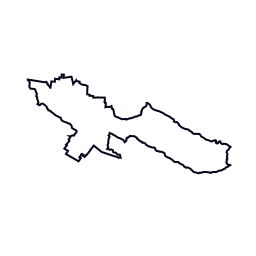 outline of Ruginesti, Vrancea, Romania, rotated 190°
{"feature_id": "2599482B20408246844877", "entity_name": "Ruginesti", "entity_type": "district", "adm_level": 2, "iso_a3": "ROU", "parent_name": "Romania", "parent_adm1": "Vrancea", "projection": "natural_earth1", "projection_center": [27.072, 46.081], "detail": "fine", "context": "isolated", "style": "outline", "palette": "ink", "viewbox_px": 256, "rotation_deg": 190, "n_neighbors": 0, "source": "geoboundaries", "source_scale": "gbopen_adm2", "svg_char_len": 5897}
<svg xmlns="http://www.w3.org/2000/svg" viewBox="0 0 256 256"><g transform="rotate(190 128 128)"><path d="M220.5,137.3L221.3,135.8L219.4,135.0L219.0,135.1L218.7,135.2L217.6,136.7L216.5,137.2L215.8,137.1L213.0,135.6L212.0,135.0L211.7,134.6L211.2,133.4L210.3,132.9L210.2,132.4L209.9,131.9L209.5,131.7L208.9,131.5L207.5,131.5L207.0,131.0L206.7,130.7L205.8,130.2L205.0,130.0L204.3,129.6L203.4,128.9L202.4,128.4L201.8,128.2L200.6,127.6L198.9,127.2L198.0,126.7L196.1,126.5L195.6,125.3L195.0,124.7L194.7,124.1L193.4,123.5L191.9,123.1L188.8,122.6L187.8,122.4L187.5,122.1L185.8,122.0L184.1,120.6L183.9,120.3L183.5,119.0L183.1,118.3L182.4,117.9L179.3,116.9L178.5,116.5L178.1,116.1L178.0,115.6L178.0,115.0L178.3,114.6L178.4,114.1L179.3,113.0L179.9,111.1L181.7,111.0L182.6,110.1L184.1,109.8L183.4,109.5L183.3,108.5L184.5,106.5L183.7,105.9L183.5,105.0L186.1,100.8L185.1,100.4L187.1,96.6L183.1,95.1L184.6,91.6L170.9,86.6L169.2,90.2L170.8,90.8L170.1,92.0L169.5,93.6L169.4,93.6L168.9,94.5L167.2,93.8L167.7,92.8L165.6,92.0L164.5,94.3L164.0,94.3L161.2,99.6L161.3,99.7L161.1,100.4L159.9,102.3L158.7,104.7L149.7,99.8L135.7,97.7L135.1,97.9L133.8,97.7L133.1,97.5L132.5,97.0L131.4,97.3L130.1,97.4L131.2,100.0L131.4,100.3L132.6,100.1L134.0,100.2L135.6,101.5L135.8,101.6L138.1,101.5L138.8,102.2L139.0,103.5L139.6,103.7L141.1,103.9L141.9,103.7L142.2,103.3L143.2,103.7L144.9,103.8L144.5,104.5L144.2,105.6L144.3,106.0L144.8,106.7L145.1,107.8L144.7,109.8L144.9,110.3L145.1,112.2L145.2,113.5L145.0,114.8L144.6,115.8L144.6,116.0L144.9,116.4L145.9,117.3L145.1,118.1L145.1,118.4L145.2,119.9L142.5,119.4L141.4,118.8L139.4,118.2L137.8,117.4L137.1,117.2L136.3,116.8L133.4,116.4L132.5,115.9L131.7,115.8L130.5,115.3L129.9,114.8L129.3,113.9L128.8,113.4L128.3,113.9L127.3,115.8L127.8,117.0L127.5,117.3L127.5,118.0L127.4,118.2L126.8,118.6L126.3,118.6L125.6,119.1L124.9,120.4L124.1,120.6L122.2,120.7L120.8,121.0L120.0,120.9L119.3,120.7L118.3,120.1L117.6,119.9L116.9,118.8L116.5,118.6L115.4,118.3L114.8,117.6L114.2,117.3L113.9,117.1L113.1,117.2L112.4,116.7L112.1,116.8L111.5,116.1L111.1,115.9L110.1,116.3L108.7,115.9L107.8,115.3L106.9,114.4L105.8,114.1L104.1,113.4L102.1,113.3L100.8,113.0L99.5,113.2L98.5,113.2L97.7,112.6L97.4,111.5L95.9,110.4L94.9,110.4L94.0,110.6L93.0,110.1L91.0,110.4L88.5,109.9L87.8,109.6L87.6,109.4L87.3,108.7L86.9,107.5L86.0,106.6L84.6,106.4L83.6,105.8L82.2,105.8L81.7,105.6L79.0,104.4L77.5,103.4L77.0,102.9L75.9,102.9L75.2,102.7L74.0,103.0L73.0,103.1L72.6,103.2L72.1,103.0L71.5,102.3L70.9,102.0L70.0,101.9L68.1,101.2L67.1,101.0L66.8,100.7L66.5,100.3L66.2,99.9L65.4,99.7L64.8,99.2L63.7,99.0L63.4,99.4L62.5,99.5L59.7,98.8L55.5,96.0L53.4,96.0L50.5,95.7L50.2,96.1L49.4,96.5L48.5,96.7L47.7,96.6L46.8,97.4L45.9,97.9L44.1,98.0L43.6,98.2L42.7,98.4L41.5,98.2L40.5,98.5L39.4,98.1L38.7,98.1L38.4,98.6L36.6,99.5L34.9,99.7L33.1,100.2L30.7,101.9L29.0,102.3L28.5,102.5L27.6,103.4L26.2,104.4L25.7,104.5L25.4,104.9L25.1,105.6L24.3,106.5L23.1,107.1L20.9,109.2L21.1,109.3L22.3,109.2L23.6,109.5L24.0,109.8L25.0,110.9L25.2,111.7L25.2,112.4L25.0,112.8L25.1,113.6L24.9,114.0L25.4,114.4L25.5,114.7L25.0,115.5L25.2,116.6L25.7,117.2L25.6,118.0L25.5,118.6L25.6,119.6L25.8,120.3L26.6,121.0L26.7,121.3L26.5,122.4L26.4,122.8L25.6,123.8L24.8,125.2L24.8,125.8L24.1,126.7L23.1,127.6L24.7,127.2L25.0,127.6L25.8,128.2L27.2,128.6L27.5,128.9L27.8,129.0L29.1,129.3L29.5,129.1L30.5,129.2L31.5,129.0L31.6,128.7L33.0,128.7L34.0,129.3L34.3,129.8L34.7,130.8L35.7,130.7L36.3,130.0L36.2,129.5L37.2,128.3L38.1,128.3L38.6,128.5L38.9,128.8L39.0,129.2L38.8,129.7L39.1,129.9L39.0,130.2L39.1,130.8L39.3,131.0L39.6,131.1L40.3,131.0L41.2,130.5L42.0,130.3L42.9,129.5L43.4,129.2L43.9,129.2L46.3,129.9L49.5,130.2L49.9,130.5L50.6,130.7L51.4,131.4L54.0,132.1L54.4,132.4L55.9,134.1L56.9,134.5L59.1,134.2L60.3,134.1L61.4,133.6L62.9,133.9L63.8,134.3L64.1,134.9L65.0,135.3L65.6,135.7L66.4,135.7L67.2,136.0L67.7,136.6L67.9,136.8L69.7,137.1L70.6,136.9L71.7,137.0L75.0,137.9L76.8,138.8L77.3,139.2L78.4,139.7L78.5,140.5L79.1,141.1L80.9,142.3L82.4,141.9L83.7,142.2L83.9,142.4L83.6,142.8L84.0,143.8L84.2,144.0L85.1,144.7L85.9,144.8L86.6,145.2L87.6,145.5L88.8,146.4L89.8,146.5L94.3,147.9L96.4,148.9L97.2,149.1L100.7,150.0L102.1,150.0L105.2,150.5L106.9,151.1L107.4,151.3L108.6,152.2L110.5,154.7L113.0,156.1L114.0,155.7L113.7,155.3L113.9,154.9L113.7,153.7L114.2,152.4L114.5,152.1L115.0,151.8L115.2,151.4L116.1,150.9L116.9,149.9L117.0,149.6L117.2,148.9L117.3,147.5L117.8,146.8L117.8,146.0L117.4,145.3L117.6,144.7L117.6,143.3L117.9,142.8L119.2,142.4L119.9,142.0L120.6,141.5L121.1,140.9L123.1,140.4L123.9,139.8L124.2,139.4L125.3,139.0L126.2,138.3L126.7,138.3L127.2,137.9L127.8,137.9L128.0,137.7L128.5,137.6L131.1,136.0L131.6,136.1L131.8,136.5L134.2,135.9L136.1,135.6L137.0,136.1L138.4,136.2L138.6,136.4L138.9,136.6L140.7,136.8L142.8,137.3L143.5,138.4L144.4,140.2L145.0,142.0L146.0,144.1L146.9,144.0L148.0,146.5L148.2,146.2L149.0,146.1L149.2,145.8L150.5,145.4L152.0,145.3L153.8,144.5L154.1,148.4L154.2,148.7L154.9,148.6L155.4,149.7L155.7,149.7L155.7,150.3L155.4,150.5L156.2,153.9L164.3,152.6L164.9,152.3L166.4,152.1L167.3,152.2L167.5,152.1L167.7,153.4L171.5,153.1L171.6,154.1L174.1,154.1L174.5,156.7L175.1,162.2L176.0,162.4L177.2,162.9L180.6,162.7L181.5,163.1L183.6,163.8L183.7,165.2L186.1,165.3L186.9,165.4L187.3,166.0L187.7,165.0L188.8,163.4L189.6,161.8L190.7,164.6L192.6,168.7L200.1,166.2L200.4,169.4L202.6,169.2L202.3,166.1L204.4,166.0L204.1,164.0L208.4,163.8L208.1,160.8L211.5,160.6L211.4,154.2L211.8,154.2L212.1,154.6L212.5,155.3L214.0,156.5L214.8,156.8L214.8,157.0L214.7,157.5L216.1,158.8L216.4,159.3L217.7,158.6L235.1,158.3L235.0,157.9L233.6,156.8L232.6,155.7L232.5,153.3L232.2,151.4L232.2,151.1L231.9,150.8L230.7,149.8L230.2,149.8L229.4,150.0L227.6,150.1L226.8,150.1L226.0,149.7L224.7,147.1L223.7,146.0L223.6,145.6L223.6,145.1L223.9,144.6L223.8,144.0L223.9,143.3L222.7,142.5L222.5,140.6L221.5,139.4L221.0,138.0L220.5,137.3Z" fill="none" stroke="#020617" stroke-width="2"/></g></svg>